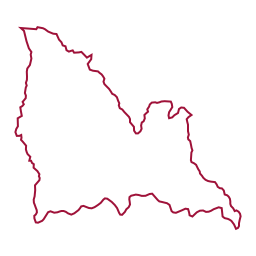 Amaral Ferrador, Rio Grande do Sul, Brazil (orthographic projection)
{"feature_id": "56859067B12892972643779", "entity_name": "Amaral Ferrador", "entity_type": "district", "adm_level": 2, "iso_a3": "BRA", "parent_name": "Brazil", "parent_adm1": "Rio Grande do Sul", "projection": "orthographic", "projection_center": [-52.29, -30.792], "detail": "fine", "context": "isolated", "style": "outline", "palette": "rose", "viewbox_px": 256, "rotation_deg": 0, "n_neighbors": 0, "source": "geoboundaries", "source_scale": "gbopen_adm2", "svg_char_len": 3336}
<svg xmlns="http://www.w3.org/2000/svg" viewBox="0 0 256 256"><path d="M91.5,54.9L86.9,57.6L84.8,55.4L81.4,51.9L78.9,52.4L74.1,52.7L72.7,50.4L70.9,50.9L68.9,51.6L66.5,50.2L65.5,46.3L62.7,45.4L61.5,42.3L59.0,39.6L56.5,34.0L53.2,33.7L48.2,31.6L44.8,29.1L42.9,28.2L37.5,27.2L36.3,29.2L20.8,28.0L24.0,30.9L26.5,41.2L28.9,48.4L31.4,52.0L30.7,54.6L31.4,58.5L30.7,61.6L29.9,65.0L27.3,68.5L26.8,71.6L27.0,76.7L26.9,79.9L25.9,82.9L26.7,85.6L25.8,87.5L24.9,93.0L25.9,95.6L25.7,98.2L22.6,101.9L23.8,104.3L22.4,106.0L20.3,107.3L20.9,111.2L21.8,115.9L17.7,118.3L17.9,126.3L16.3,128.9L15.4,132.1L16.8,135.9L19.3,135.9L21.2,135.0L21.5,137.8L21.0,139.8L22.6,141.5L26.1,145.7L25.9,149.4L26.7,152.1L27.6,154.1L30.3,156.8L29.3,160.7L31.1,160.8L32.0,162.9L33.8,164.2L33.6,167.7L37.4,171.1L39.4,174.2L38.9,176.2L39.7,178.0L39.4,180.2L35.0,185.3L35.2,190.2L34.6,196.4L33.7,199.6L33.9,202.7L34.7,204.7L35.7,207.5L36.7,210.1L36.9,212.4L35.8,214.5L34.3,215.8L34.4,218.4L35.8,222.4L38.0,222.7L42.2,220.8L43.7,219.2L48.1,212.2L50.5,211.3L54.2,212.7L57.4,212.3L59.6,211.5L61.4,211.0L63.6,211.0L65.8,211.8L68.1,213.4L71.3,214.6L74.3,213.3L78.5,210.1L80.1,208.1L81.2,206.4L83.5,205.9L86.3,207.0L88.9,208.0L91.7,208.3L94.5,207.2L96.1,206.2L98.2,204.8L100.8,202.8L103.4,199.6L104.9,198.4L107.3,198.7L111.7,201.9L114.8,205.0L117.1,208.1L119.1,212.8L120.2,214.6L122.1,214.8L124.9,211.9L126.3,209.3L128.7,207.2L130.0,204.5L129.7,201.8L129.3,199.4L129.5,197.1L131.2,195.7L133.0,195.3L135.8,194.6L138.7,195.0L141.8,195.9L145.5,195.8L149.6,194.0L152.2,193.7L155.0,196.9L157.8,200.1L159.3,201.4L162.1,202.0L164.1,202.5L167.0,203.2L169.5,204.9L171.6,211.1L173.2,212.4L175.9,212.8L181.7,210.4L185.4,208.7L188.1,209.1L189.1,212.5L189.6,215.3L192.4,216.5L196.8,212.3L199.9,210.7L203.1,210.5L206.0,211.9L208.7,211.7L211.0,210.8L213.7,209.2L218.7,207.3L221.7,208.1L222.6,216.5L224.6,218.1L227.9,218.9L229.6,219.7L231.4,220.9L234.0,224.4L236.0,228.8L238.0,227.9L239.0,226.0L239.0,223.2L239.6,220.3L240.6,216.3L240.0,213.7L238.6,211.7L236.4,210.4L234.7,211.1L233.2,208.3L231.0,206.0L230.3,203.9L230.3,201.2L229.9,198.8L228.7,196.7L227.2,195.3L224.7,194.5L223.8,190.5L221.9,188.4L219.8,188.2L217.7,186.8L216.7,184.5L215.0,182.1L210.8,181.6L208.0,181.0L205.5,179.8L203.3,177.8L202.0,175.8L200.0,173.5L199.7,171.4L198.3,169.3L197.1,166.9L196.1,164.8L193.9,163.2L191.5,162.1L190.9,160.2L191.2,155.7L191.4,152.5L192.4,150.4L191.6,148.0L190.9,144.4L190.2,141.1L188.3,139.4L187.9,137.4L188.8,134.7L188.0,131.2L188.0,128.1L188.0,124.7L187.3,122.0L186.7,119.2L188.4,117.2L191.5,115.0L187.5,111.7L184.0,107.8L181.2,107.5L179.0,109.0L178.0,113.0L174.4,115.2L172.2,117.4L169.1,118.2L168.5,115.4L169.1,112.2L172.3,107.1L171.8,103.9L170.8,101.6L164.6,101.2L161.4,101.5L159.4,102.3L157.0,102.9L155.2,102.3L151.8,102.6L149.8,104.5L149.1,106.6L147.3,109.3L148.0,111.7L145.9,113.5L144.4,115.0L144.8,118.4L143.6,121.3L141.8,122.5L141.1,125.5L141.6,128.8L140.4,131.3L138.0,133.4L135.9,133.4L134.1,130.7L133.9,126.8L132.1,124.7L130.0,122.2L130.0,119.1L129.0,116.9L127.0,114.8L124.3,112.0L122.3,109.5L119.8,108.2L118.8,105.3L119.3,103.3L118.1,100.7L116.9,97.2L114.7,95.0L112.2,93.8L110.9,91.6L109.0,88.8L106.7,86.5L104.4,84.1L103.5,81.7L104.4,78.7L103.1,76.4L101.6,74.4L99.6,72.9L98.0,71.4L95.1,71.0L92.9,70.7L89.8,69.6L87.7,64.0L91.2,59.2L91.5,54.9Z" fill="none" stroke="#9f1239" stroke-width="2"/></svg>